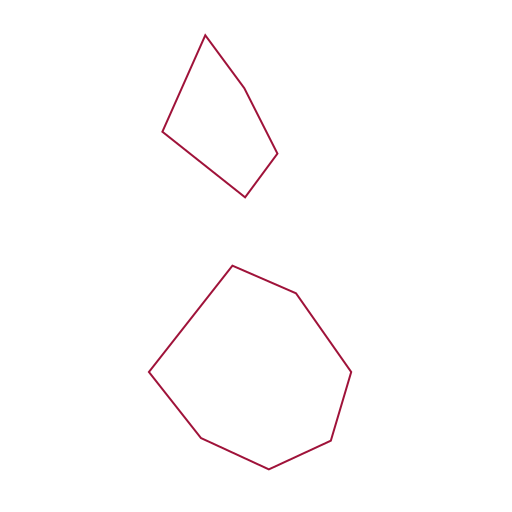 SVG path tracing the border of Planken, rotated 191°
{"feature_id": "LIE-4901", "entity_name": "Planken", "entity_type": "state/province", "adm_level": 1, "iso_a3": "LIE", "parent_name": "Liechtenstein", "parent_adm1": "", "projection": "equal_earth", "projection_center": [9.551, 47.174], "detail": "fine", "context": "isolated", "style": "outline", "palette": "rose", "viewbox_px": 512, "rotation_deg": 191, "n_neighbors": 0, "source": "natural_earth", "source_scale": "10m", "svg_char_len": 332}
<svg xmlns="http://www.w3.org/2000/svg" viewBox="0 0 512 512"><g transform="rotate(191 256 256)"><path d="M339.0,121.7L277.3,242.0L209.6,227.0L140.4,160.3L147.3,89.0L202.7,49.0L275.3,66.8L339.0,121.7ZM277.9,311.5L371.6,360.1L347.9,463.0L299.5,418.5L254.5,360.6L277.9,311.5Z" fill="none" stroke="#9f1239" stroke-width="2"/></g></svg>